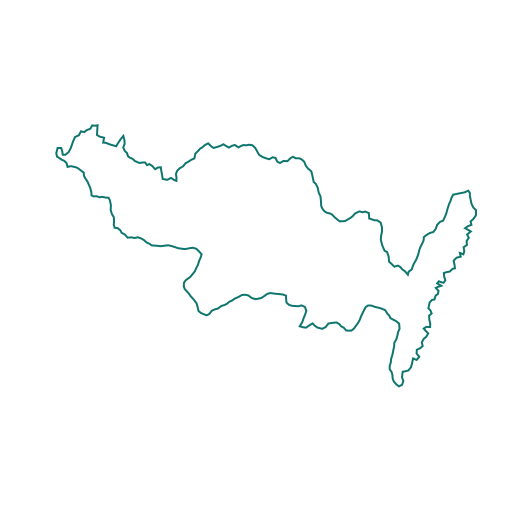 outline of Quartel Geral, Minas Gerais, Brazil, rotated 188°
{"feature_id": "56859067B95369999276489", "entity_name": "Quartel Geral", "entity_type": "district", "adm_level": 2, "iso_a3": "BRA", "parent_name": "Brazil", "parent_adm1": "Minas Gerais", "projection": "equal_earth", "projection_center": [-45.616, -19.26], "detail": "fine", "context": "isolated", "style": "outline", "palette": "teal", "viewbox_px": 512, "rotation_deg": 188, "n_neighbors": 0, "source": "geoboundaries", "source_scale": "gbopen_adm2", "svg_char_len": 5307}
<svg xmlns="http://www.w3.org/2000/svg" viewBox="0 0 512 512"><g transform="rotate(188 256 256)"><path d="M202.9,192.5L199.8,192.0L196.5,192.0L193.9,194.4L190.6,197.1L188.1,195.2L185.3,193.7L180.3,193.1L177.1,195.4L174.9,199.2L172.1,200.1L167.1,201.4L163.9,200.1L161.9,198.2L159.2,197.3L156.3,194.8L153.7,195.0L151.1,195.4L148.8,197.9L147.3,200.9L145.7,203.7L144.4,207.1L143.6,210.8L142.4,214.5L141.4,217.8L140.2,220.8L138.1,222.6L134.9,223.0L130.9,222.1L127.0,221.8L123.9,221.3L120.5,220.3L117.9,217.2L115.8,215.6L114.2,213.2L111.7,212.2L108.2,211.0L104.9,209.0L103.7,204.0L104.7,200.4L104.9,196.9L105.5,192.9L107.0,189.2L106.6,186.1L106.9,181.8L107.2,176.7L107.9,172.8L107.7,169.1L108.3,166.0L107.9,162.5L105.5,159.9L104.3,157.0L103.7,153.9L102.1,150.9L99.1,148.4L96.3,146.8L93.4,148.8L92.7,152.7L94.6,156.4L94.6,161.8L91.6,162.8L89.1,163.9L87.1,167.3L86.5,171.8L86.2,176.4L82.5,175.4L80.3,178.9L83.4,181.8L83.7,185.5L80.5,187.6L78.4,190.0L79.8,193.6L78.3,197.4L76.1,199.8L74.7,203.3L77.6,205.5L79.8,207.5L77.5,209.5L73.7,209.9L74.0,213.0L75.5,217.0L76.3,221.0L74.1,223.5L75.6,226.3L78.0,228.2L77.6,234.2L75.6,237.1L73.3,237.7L72.6,241.8L70.6,243.6L70.4,246.8L73.5,249.4L71.4,250.8L68.4,252.3L72.8,254.1L71.4,256.4L68.9,255.8L66.5,255.6L65.1,258.3L66.8,261.8L67.6,265.3L64.4,266.8L62.0,267.5L59.6,270.6L57.3,271.5L58.1,274.6L59.6,278.9L57.1,282.3L53.2,283.8L54.5,287.4L50.9,286.5L50.4,289.6L51.6,293.6L48.7,296.2L49.5,300.3L47.8,303.6L49.9,306.7L46.7,310.2L49.6,311.4L52.8,312.6L50.2,315.1L47.0,316.8L48.3,320.1L46.0,322.8L43.9,326.8L44.4,331.9L47.5,334.2L49.9,337.8L51.5,342.2L52.5,345.2L53.1,348.4L55.0,350.2L58.3,348.0L62.3,346.7L66.4,345.2L69.3,344.2L70.5,340.8L71.0,337.6L72.0,334.4L72.9,329.4L73.5,324.5L74.3,321.3L75.6,317.1L78.5,315.4L80.9,312.2L81.8,307.8L83.8,304.4L87.0,303.0L90.0,300.6L92.4,298.1L92.2,294.9L93.0,291.9L94.4,288.0L95.1,284.7L95.5,280.5L96.7,275.1L98.9,269.5L100.0,264.3L102.6,261.8L103.0,258.6L106.2,261.5L109.4,263.2L111.4,265.1L114.2,266.2L117.5,264.7L120.5,266.9L123.4,268.9L124.6,273.9L126.7,278.1L129.3,279.1L130.8,281.3L132.8,284.8L134.7,289.6L134.9,293.6L134.6,297.9L135.3,302.1L137.3,306.5L141.0,308.2L143.6,307.9L149.1,308.9L150.2,314.2L154.1,315.2L156.8,314.1L159.5,314.6L161.7,313.4L163.9,311.8L165.8,308.9L167.6,307.0L169.9,305.2L172.8,302.9L177.9,302.0L180.8,303.6L183.5,305.3L186.4,307.6L188.7,308.4L192.0,308.7L194.6,309.9L196.8,312.1L198.4,314.6L199.3,319.3L200.5,324.2L202.6,327.2L204.5,332.4L206.7,335.6L209.2,337.4L210.3,340.5L211.4,343.5L213.0,347.5L216.8,349.9L219.4,352.6L221.4,356.1L224.2,358.0L227.0,358.8L230.2,358.3L233.3,359.4L235.5,357.6L238.1,354.3L242.1,353.9L245.2,351.4L248.1,352.4L250.3,355.8L253.2,356.1L256.3,353.7L259.5,354.1L263.1,354.9L267.0,356.6L269.2,359.5L271.7,362.8L275.0,365.2L278.4,365.2L281.1,364.2L283.6,364.2L286.0,363.0L288.5,361.1L292.4,363.0L295.3,361.7L297.9,359.6L301.0,360.8L303.9,362.1L306.4,360.2L309.9,358.5L313.1,357.1L315.5,358.3L319.1,360.9L322.2,358.6L324.2,356.2L326.2,354.6L327.8,352.2L330.3,349.0L330.6,344.0L333.5,342.3L335.9,340.1L338.6,338.1L340.7,334.7L343.8,332.2L345.8,329.6L346.7,326.2L345.7,322.8L345.3,319.3L347.7,319.9L351.0,321.5L354.4,319.1L359.1,319.3L360.3,323.3L361.6,327.0L362.6,330.6L365.3,330.0L368.0,327.9L371.1,330.6L374.4,332.2L376.6,330.8L378.8,333.2L381.3,332.8L384.5,331.9L388.9,333.1L391.9,335.1L394.3,335.7L396.6,336.9L398.1,340.0L400.6,341.8L402.6,345.0L401.7,348.7L402.4,352.4L404.1,356.4L406.5,352.4L408.5,348.2L409.7,345.2L413.1,345.7L416.9,346.3L420.4,347.2L423.1,347.0L422.9,352.0L427.2,352.4L430.3,353.7L430.8,359.4L431.1,363.4L433.5,362.6L436.4,362.5L437.8,358.9L441.2,357.1L443.3,354.8L446.7,355.1L448.2,350.9L451.7,348.7L453.1,344.0L453.7,340.8L454.5,337.0L456.0,332.8L458.9,329.7L461.5,329.4L462.4,332.6L463.9,335.8L467.5,335.4L468.1,329.9L466.8,326.7L463.8,325.3L461.5,324.2L459.0,323.5L456.6,321.7L455.0,318.0L451.8,319.2L448.7,319.0L445.7,318.6L443.0,317.3L440.6,315.9L438.2,314.6L437.5,311.4L435.5,308.7L433.3,306.4L431.7,303.7L429.6,300.3L428.0,296.4L427.3,293.2L425.0,292.4L422.2,293.0L419.2,292.4L416.1,293.2L413.0,292.9L410.1,293.2L408.5,290.9L406.8,286.3L406.3,281.3L404.6,277.6L402.2,274.6L401.3,270.4L401.2,267.2L399.9,264.3L396.7,264.3L394.0,262.6L392.3,260.3L388.8,259.0L385.7,256.3L382.0,257.1L378.7,256.9L375.7,258.1L372.5,257.5L369.2,256.2L366.1,254.1L363.2,253.3L360.9,252.0L357.4,252.2L354.6,252.4L352.1,252.4L348.9,253.2L346.5,253.9L343.9,254.4L340.9,254.1L337.4,253.5L334.1,252.9L330.6,252.9L327.9,252.9L325.2,253.6L322.2,254.7L319.5,255.4L316.0,254.8L312.4,252.1L310.1,250.1L310.7,246.3L311.7,243.2L312.2,239.4L313.5,235.6L314.4,232.4L316.1,229.5L318.2,226.1L320.4,224.0L322.3,222.1L323.6,219.6L323.3,215.9L322.0,213.4L319.7,211.5L317.3,209.5L315.1,207.1L311.7,204.3L308.3,200.9L306.6,197.1L305.3,193.6L302.8,192.0L300.1,191.2L296.7,190.4L294.2,192.0L292.3,195.5L289.4,197.4L286.5,198.6L283.2,201.8L280.9,202.8L278.3,204.5L276.0,207.0L273.3,208.7L271.1,210.9L267.6,213.0L264.6,215.4L261.4,216.1L258.2,215.9L254.3,213.8L250.5,213.2L248.3,213.9L244.9,215.1L242.1,217.6L239.9,219.8L236.9,221.3L232.3,221.3L228.2,221.5L223.9,221.6L220.8,220.9L220.2,217.6L219.3,214.1L216.5,212.2L213.4,211.7L210.0,211.9L206.9,212.2L204.1,213.4L200.5,212.4L198.5,208.7L199.2,204.9L200.1,201.4L201.0,196.9L202.9,192.5Z" fill="none" stroke="#0f766e" stroke-width="2"/></g></svg>